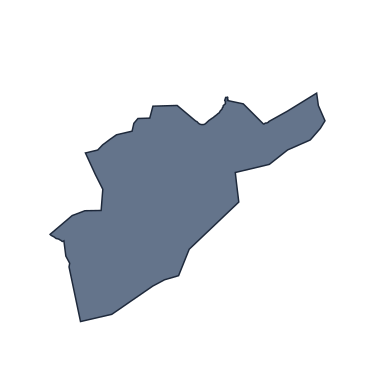 outline of O'lgii, Uvs, Mongolia, rotated 73°
{"feature_id": "93677404B88101121559012", "entity_name": "O'lgii", "entity_type": "district", "adm_level": 2, "iso_a3": "MNG", "parent_name": "Mongolia", "parent_adm1": "Uvs", "projection": "mercator", "projection_center": [92.028, 48.988], "detail": "fine", "context": "isolated", "style": "filled", "palette": "slate", "viewbox_px": 384, "rotation_deg": 73, "n_neighbors": 0, "source": "geoboundaries", "source_scale": "gbopen_adm2", "svg_char_len": 2494}
<svg xmlns="http://www.w3.org/2000/svg" viewBox="0 0 384 384"><g transform="rotate(73 192 192)"><path d="M283.3,336.5L285.5,304.4L278.7,283.0L270.5,257.1L267.9,243.9L268.1,229.3L245.9,211.4L215.3,150.2L196.2,146.8L186.0,144.9L188.2,110.0L179.7,88.2L176.8,63.7L168.7,50.7L162.8,44.0L146.3,45.9L133.9,43.9L142.6,77.2L147.0,97.7L147.1,98.0L147.3,98.1L147.4,98.4L147.6,98.5L147.7,99.0L147.7,99.4L147.8,99.9L147.9,100.2L147.9,100.5L147.7,100.9L147.6,101.2L147.5,101.6L147.6,102.0L147.7,102.4L147.8,102.6L147.9,102.8L148.0,103.1L147.9,103.5L147.8,103.8L146.6,104.5L122.7,117.2L115.0,131.1L114.6,131.3L114.3,131.3L114.1,131.1L114.0,130.9L113.9,130.8L113.9,130.6L113.7,130.6L113.4,130.8L113.2,130.8L112.9,130.7L112.7,130.5L112.5,130.3L112.3,130.3L112.1,130.3L112.0,130.2L111.9,130.2L111.7,130.4L111.8,130.5L111.9,130.8L111.9,131.1L111.7,131.3L111.5,131.6L111.4,131.8L111.4,132.1L111.5,132.2L111.7,132.4L112.0,132.6L113.0,133.2L113.6,133.7L113.9,133.9L114.2,134.0L114.4,133.9L114.7,133.8L114.9,133.7L115.0,133.5L115.1,133.4L115.3,133.4L115.8,133.8L116.0,133.9L116.2,134.0L116.4,134.0L116.7,134.0L116.9,134.0L117.1,134.1L117.3,134.2L117.4,134.3L117.5,134.6L117.7,134.9L117.8,135.3L117.9,135.7L118.2,136.0L118.4,136.3L118.5,136.6L118.6,136.9L118.7,137.0L119.0,137.1L119.3,137.2L119.6,137.3L119.8,137.4L120.0,137.6L120.1,137.8L120.1,138.0L120.3,138.2L120.5,138.4L121.2,138.9L121.6,139.2L121.8,139.5L121.9,139.8L122.1,140.2L122.3,140.4L122.4,140.5L122.5,140.9L122.8,141.3L123.0,141.6L123.4,141.9L123.7,142.3L124.0,142.6L124.2,143.0L124.4,143.2L124.5,143.6L124.6,144.0L124.7,144.4L124.9,144.9L125.2,145.3L125.5,146.2L125.9,147.1L126.1,147.4L126.1,147.8L126.2,148.1L126.3,148.5L126.7,149.2L126.9,149.5L127.0,149.8L127.3,151.1L127.5,151.7L127.7,152.1L127.8,152.8L128.1,153.4L128.2,153.8L128.3,154.2L128.4,154.6L129.3,156.5L130.3,158.5L130.8,159.8L130.9,160.3L130.9,160.8L130.8,161.2L130.8,161.6L130.6,162.0L130.6,162.3L130.5,162.6L130.4,163.0L130.1,163.5L129.6,164.4L129.0,165.1L128.4,165.5L127.6,166.0L126.7,166.4L126.1,166.7L125.3,167.7L104.9,180.9L98.5,204.3L109.0,210.8L105.9,222.2L109.3,227.5L116.3,231.5L115.2,247.5L117.7,255.1L120.8,263.7L124.3,269.9L123.5,282.5L147.1,279.3L163.3,276.5L183.1,284.3L178.6,299.9L179.5,313.5L191.0,340.1L191.7,339.8L192.5,339.2L193.2,338.5L194.7,337.0L196.8,335.5L197.2,334.6L198.2,333.1L199.3,332.2L200.0,331.4L200.9,330.9L201.4,330.4L201.5,329.5L201.3,328.8L216.4,331.4L224.4,329.8L227.7,331.5L283.3,336.5Z" fill="#64748b" stroke="#1e293b" stroke-width="1.5"/></g></svg>